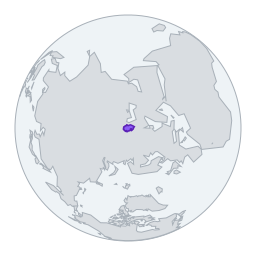 West Kazakhstan on an orthographic globe, rotated 193°
{"feature_id": "KAZ-3201", "entity_name": "West Kazakhstan", "entity_type": "Region", "adm_level": 1, "iso_a3": "KAZ", "parent_name": "Kazakhstan", "parent_adm1": "", "projection": "orthographic", "projection_center": [51.03, 49.856], "detail": "fine", "context": "on_globe", "style": "filled", "palette": "violet", "viewbox_px": 256, "rotation_deg": 193, "n_neighbors": 0, "source": "natural_earth", "source_scale": "10m", "svg_char_len": 11746}
<svg xmlns="http://www.w3.org/2000/svg" viewBox="0 0 256 256"><g transform="rotate(193 128 128)"><circle cx="128" cy="128" r="113" fill="#eef3f6" stroke="#a8b0b8"/><path d="M120.8,15.6L121.2,15.6L122.4,16.6L119.5,16.6L120.1,17.0L123.8,17.3L126.1,17.3L133.3,21.0L145.1,24.7L150.3,24.9L148.0,25.9L159.0,25.9L166.4,28.3L157.1,26.2L155.4,26.6L159.9,28.4L159.1,29.2L160.9,30.7L159.6,31.5L154.2,30.5L153.3,31.1L156.6,32.4L157.3,34.3L152.6,32.3L153.5,35.4L144.7,34.8L133.3,29.5L127.5,30.8L113.1,29.9L113.4,31.1L108.2,31.8L106.6,33.5L104.4,33.1L105.1,34.9L107.4,35.0L108.4,35.9L107.7,37.0L104.8,36.5L104.7,35.9L103.5,36.4L102.3,35.7L102.5,36.6L99.0,36.1L101.4,38.3L97.7,39.3L95.7,38.5L97.3,36.4L96.8,30.1L95.3,29.1L91.4,29.5L81.2,34.7L78.9,34.6L74.7,36.0L75.3,37.0L78.7,36.2L78.8,38.5L83.0,37.5L83.6,38.4L87.4,38.4L85.2,40.8L81.1,43.2L77.9,43.4L75.9,44.5L77.7,46.5L70.5,49.0L63.5,54.9L61.8,55.5L60.8,52.4L64.0,46.8L62.7,43.7L61.9,48.3L57.7,49.9L56.3,51.4L55.6,52.9L56.6,53.3L54.8,54.5L54.9,50.2L56.5,49.1L56.5,50.4L58.0,47.9L58.0,45.4L55.8,46.6L58.2,42.2L56.7,43.1L56.3,42.8L58.6,41.6L54.6,43.9L57.0,40.6L55.2,42.1L61.5,37.1L68.1,32.6L75.0,28.6L82.2,25.1L89.6,22.1L97.2,19.6L105.0,17.7L112.9,16.4L120.8,15.6ZM127.2,17.3L124.0,17.2L120.9,16.8L123.7,16.7L127.2,17.3ZM132.9,18.7L131.2,18.8L130.7,17.9L131.8,18.1L132.9,18.7ZM154.3,25.0L151.8,24.3L154.5,24.8L154.3,25.0ZM161.4,30.7L162.3,30.7L162.8,31.5L161.4,30.7ZM88.3,37.2L87.9,37.8L87.4,37.4L88.3,37.2ZM90.4,36.7L90.2,35.8L91.2,35.4L91.3,36.0L90.4,36.7ZM161.3,33.6L161.8,34.9L160.3,33.4L161.3,33.6ZM90.4,37.8L92.9,34.9L94.6,34.4L96.4,36.0L90.4,37.8ZM161.5,35.6L162.8,39.1L165.0,39.3L159.4,40.8L160.2,37.2L158.0,35.2L160.3,36.0L161.5,35.6ZM108.4,34.6L105.9,34.5L108.7,33.6L108.4,34.6ZM109.9,33.8L116.9,30.1L120.2,30.9L117.2,31.9L122.1,32.3L120.3,34.4L117.2,34.7L115.4,33.7L116.1,35.4L109.9,33.8ZM156.1,41.2L155.7,41.9L155.1,40.9L156.1,41.2ZM109.1,36.2L110.2,35.3L113.2,35.9L111.5,37.8L111.1,36.9L109.1,36.2ZM124.2,31.4L126.1,32.2L125.2,34.2L125.8,34.8L120.5,34.6L124.2,31.4ZM110.0,37.4L110.6,38.7L108.5,39.5L108.2,37.1L110.0,37.4ZM114.6,35.3L116.0,35.7L114.7,36.0L114.6,35.3ZM101.5,43.2L102.8,42.0L104.4,42.2L101.5,43.2ZM110.9,39.2L111.6,38.9L112.4,38.9L112.3,40.0L110.9,39.2ZM120.3,36.0L119.5,36.7L122.4,36.2L121.8,37.8L118.4,37.4L119.6,38.2L119.5,38.7L116.8,37.9L120.3,36.0ZM114.7,41.0L110.1,41.2L107.4,43.4L105.8,43.2L110.5,39.8L114.7,41.0ZM116.2,39.2L114.9,40.3L113.6,39.5L113.7,38.3L116.2,39.2ZM122.7,39.1L124.4,36.8L125.1,37.0L122.7,39.1ZM114.1,41.8L115.2,41.7L114.1,42.0L114.1,41.8ZM120.3,40.0L120.9,39.2L121.6,39.4L120.3,40.0ZM117.0,42.4L115.5,42.4L115.6,41.6L117.0,42.4ZM118.7,41.4L119.7,42.0L116.5,41.3L118.8,41.0L118.7,41.4ZM121.0,40.4L121.6,40.3L120.6,40.8L121.0,40.4ZM117.8,45.7L113.7,45.0L113.8,43.1L117.7,44.0L117.8,45.7ZM28.6,158.5L26.5,139.8L29.3,137.2L31.1,130.9L51.4,123.7L54.3,128.3L68.6,135.2L70.2,137.2L67.0,141.9L76.5,154.5L81.4,151.6L91.6,159.2L99.3,161.1L104.8,151.4L92.1,148.0L91.4,142.2L102.8,140.4L114.1,143.4L114.2,141.3L108.3,135.2L112.2,131.8L106.5,132.7L107.8,135.3L104.3,136.0L102.8,133.7L104.2,132.6L101.2,130.8L95.1,137.1L95.9,140.4L87.1,138.9L87.5,144.4L84.7,145.8L82.9,137.0L84.1,134.5L79.7,123.4L77.7,125.9L81.7,136.6L79.9,135.1L77.2,138.9L77.8,134.9L74.0,122.9L66.9,120.5L55.7,126.0L52.0,123.9L50.0,118.9L56.4,109.5L63.8,115.3L66.2,112.4L66.6,105.6L68.8,108.0L69.9,106.0L72.9,108.0L79.1,105.6L82.4,107.1L86.7,101.5L89.0,101.6L85.8,104.8L85.4,108.0L93.9,111.7L96.1,111.0L98.2,107.2L100.3,108.9L101.2,104.7L107.0,105.0L100.7,101.2L103.0,97.0L107.5,94.8L107.1,92.8L99.8,96.4L97.9,98.5L98.0,101.4L91.8,107.0L88.5,106.8L90.7,98.6L86.2,97.6L89.9,92.0L107.5,85.1L113.9,84.8L120.5,93.4L118.0,95.8L114.3,93.8L116.0,99.6L116.7,97.2L118.4,98.7L121.0,95.4L122.4,96.3L122.6,91.6L124.5,92.3L124.4,95.3L129.9,91.3L134.5,92.0L135.1,90.7L134.4,89.1L140.6,91.3L140.8,90.2L138.8,89.1L137.9,86.3L138.6,82.3L140.8,83.3L140.8,84.8L144.0,89.7L143.7,93.9L144.6,94.0L145.4,90.5L141.5,84.5L141.3,81.9L143.6,84.4L142.7,83.3L143.3,82.3L145.9,82.3L143.6,79.4L147.2,68.0L152.6,67.1L154.1,70.4L158.9,64.3L164.5,64.2L162.7,63.1L163.8,59.7L162.0,59.6L161.2,58.9L163.1,50.7L165.2,49.7L164.0,45.4L163.0,44.9L161.4,45.3L159.4,40.8L165.0,39.3L166.9,40.5L169.1,39.0L173.0,42.0L177.3,44.0L180.2,48.6L183.4,50.0L183.9,49.3L188.5,50.8L196.2,56.8L187.7,55.1L175.6,47.8L180.3,50.9L178.6,51.2L179.9,53.1L183.2,55.4L184.0,55.0L185.9,64.8L192.7,73.8L193.9,70.1L197.0,70.3L205.7,78.4L212.2,97.0L216.4,98.3L218.2,100.8L218.0,104.8L215.3,101.3L213.1,102.2L211.6,99.7L210.4,105.3L208.3,102.0L208.4,108.2L210.8,109.6L212.7,105.7L213.7,112.8L218.6,113.8L221.6,118.8L222.0,133.6L218.6,141.9L218.9,143.8L216.3,144.1L214.7,150.1L221.2,155.1L221.7,157.8L218.2,167.0L217.8,165.3L210.8,166.0L210.9,173.0L216.3,173.9L218.2,177.9L214.6,179.4L212.5,175.9L210.0,176.0L209.7,170.4L205.7,163.9L202.1,168.3L201.4,164.8L195.3,160.4L189.5,166.2L181.0,180.3L181.4,189.1L177.8,194.2L169.4,184.5L166.6,176.1L163.0,178.0L154.9,171.8L139.3,173.5L137.5,171.1L134.5,172.5L128.9,170.2L126.4,166.0L122.8,166.2L129.4,177.1L133.3,176.8L137.4,172.5L138.4,176.3L143.9,179.2L136.0,188.5L113.6,195.4L112.3,188.6L99.9,166.7L100.8,164.5L100.8,164.2L100.7,163.7L98.6,167.2L96.8,162.6L102.4,178.2L103.0,184.2L113.2,195.8L112.1,196.6L115.6,199.0L128.2,197.1L128.0,199.2L121.6,208.4L105.0,217.9L107.7,224.7L107.5,229.4L98.4,230.4L100.4,233.4L95.9,233.1L96.4,234.3L93.5,234.4L88.1,233.2L77.7,228.8L76.1,227.7L69.3,223.2L59.5,212.6L61.1,210.0L59.7,206.1L52.3,193.2L53.9,188.8L52.1,185.2L48.4,183.2L46.5,178.8L44.4,177.0L31.7,166.7L28.6,158.5ZM42.8,131.0L41.9,132.8L42.8,131.0ZM125.1,151.9L132.5,152.6L130.8,145.5L133.5,145.3L131.9,143.1L130.6,145.0L127.0,138.9L130.8,137.0L130.7,133.9L128.2,133.5L121.9,138.1L127.0,146.8L124.7,149.5L125.1,151.9ZM57.7,50.2L57.6,50.5L56.6,52.2L56.4,51.5L57.7,50.2ZM55.9,59.0L53.0,60.8L54.9,59.0L54.2,58.3L57.2,53.9L61.1,55.5L58.8,55.5L55.9,59.0ZM62.4,48.8L60.0,51.2L62.5,48.5L62.4,48.8ZM73.0,94.1L73.4,96.3L71.3,98.0L67.1,96.7L70.1,94.2L73.0,94.1ZM74.4,99.0L77.8,91.6L80.5,92.3L78.4,93.1L79.9,94.3L76.9,96.0L76.3,104.2L74.4,106.2L67.6,102.4L70.9,102.4L70.3,100.2L74.4,99.0ZM81.5,73.5L83.0,70.8L87.0,75.7L85.2,77.6L80.9,76.4L80.5,73.3L81.5,73.5ZM93.2,41.4L93.5,40.5L94.3,40.5L94.7,41.4L93.2,41.4ZM102.0,42.6L92.7,45.8L92.5,44.8L87.2,48.1L84.8,46.8L88.4,44.7L82.5,46.3L84.8,43.9L80.9,45.4L89.0,40.8L90.7,38.9L89.7,41.4L91.8,42.6L93.3,42.5L98.7,40.9L103.6,37.6L106.5,38.4L107.2,39.8L106.5,40.7L104.9,39.9L105.1,41.7L102.1,41.2L102.0,42.6ZM114.4,59.4L112.8,57.5L112.8,62.1L109.8,61.2L110.0,61.8L107.3,62.3L104.2,64.0L103.1,63.3L102.4,64.3L100.6,64.7L99.3,65.9L96.8,65.0L95.0,66.4L94.9,65.2L92.4,67.9L93.1,65.5L90.8,66.0L91.3,68.1L81.2,61.4L76.4,60.8L72.0,61.7L73.9,57.8L79.2,54.6L85.8,52.4L90.2,53.7L90.2,51.8L92.3,51.9L91.4,53.4L94.1,51.2L95.6,51.7L101.5,50.5L104.4,47.3L106.6,46.9L106.2,48.4L108.7,46.9L109.5,49.5L111.1,49.3L113.5,51.7L111.7,54.9L113.7,54.5L115.6,56.5L114.4,59.4ZM118.4,46.5L117.0,50.2L114.7,51.7L111.5,46.8L110.0,46.7L107.9,43.8L111.2,41.8L111.5,42.8L112.6,43.3L111.1,43.7L113.1,43.8L113.6,45.2L115.2,45.6L114.3,46.7L118.4,46.5ZM72.9,136.2L74.3,137.2L76.6,138.1L75.0,140.6L72.9,136.2ZM70.1,128.1L71.5,128.4L70.3,132.2L68.9,131.3L70.1,128.1ZM73.3,125.5L71.7,128.2L71.7,126.2L73.3,125.5ZM87.2,105.0L88.8,105.2L88.5,106.2L87.2,107.3L87.2,105.0ZM113.7,73.6L113.1,72.1L113.8,71.8L114.8,68.3L117.1,68.8L117.4,71.1L113.7,73.6ZM102.1,152.7L99.3,154.2L98.3,152.9L99.5,152.7L102.1,152.7ZM86.0,147.7L89.2,150.3L85.5,148.4L86.0,147.7ZM116.3,73.6L116.5,72.0L117.5,73.2L116.3,73.6ZM118.8,69.0L120.2,70.1L117.5,68.5L118.8,69.0ZM127.0,230.2L121.0,236.5L115.6,236.1L113.9,234.3L115.6,230.4L121.7,229.5L124.5,227.3L127.0,230.2ZM230.9,172.0L232.1,169.9L232.0,170.3L230.9,172.0ZM229.8,173.2L231.3,170.7L229.4,174.4L229.8,173.2ZM231.8,169.8L233.3,166.4L234.0,164.7L233.7,165.6L231.8,169.8ZM228.7,175.0L221.9,184.0L218.9,186.5L219.8,184.6L224.7,179.3L228.7,175.0ZM219.6,184.8L214.6,186.4L206.3,182.4L209.3,180.4L217.7,179.9L217.2,181.4L220.2,181.1L219.6,184.8ZM230.5,165.5L229.9,169.2L226.4,174.0L224.6,175.8L223.4,173.2L224.1,170.2L225.6,168.5L230.2,153.9L232.1,153.1L231.0,158.5L232.4,159.2L230.5,165.5ZM182.0,189.7L185.0,193.4L182.9,195.1L182.0,189.7ZM231.1,145.5L229.9,151.9L230.7,144.6L231.1,145.5ZM231.1,139.6L231.6,141.1L230.5,140.7L231.1,139.6ZM219.8,146.4L218.2,148.7L217.7,147.4L219.4,143.8L219.8,146.4ZM224.0,123.0L225.7,126.8L226.0,128.5L224.4,127.2L224.0,123.0ZM135.9,77.0L131.9,81.2L130.6,84.8L132.2,87.7L128.3,85.5L130.3,79.9L135.9,77.0ZM145.6,68.9L144.2,66.6L145.9,66.6L146.5,67.1L145.6,68.9ZM144.0,68.3L140.2,67.5L140.1,65.5L143.1,66.5L144.0,68.3ZM128.2,70.2L126.8,71.4L126.0,70.4L128.2,70.2ZM233.7,166.5L235.6,160.8L236.3,158.8L233.7,166.5ZM239.7,142.4L239.2,145.2L239.6,141.8L238.7,144.9L239.8,139.5L239.9,140.6L240.4,135.5L240.5,134.1L239.7,142.4ZM237.1,152.8L237.0,153.8L236.6,154.3L237.1,152.8ZM237.7,150.8L238.6,148.1L237.5,151.8L237.7,150.8ZM233.3,158.3L233.8,159.4L235.3,154.9L234.1,159.2L234.9,160.2L234.4,162.2L233.7,160.8L232.9,165.1L232.2,166.5L232.1,164.1L233.0,158.9L233.7,156.0L236.4,149.6L233.3,158.3ZM237.8,148.4L237.5,147.0L237.6,144.7L238.0,145.0L237.8,148.4ZM236.0,144.0L234.5,143.6L233.6,146.9L234.9,138.5L236.2,140.3L236.0,144.0ZM234.0,139.9L233.2,142.9L233.7,138.5L234.0,139.9ZM232.7,142.4L232.1,140.7L233.0,139.4L232.7,142.4ZM234.5,138.9L233.8,135.1L234.7,136.3L234.5,138.9ZM230.5,136.8L233.2,136.7L230.5,139.7L228.2,133.3L229.1,131.3L230.5,136.8ZM221.9,98.9L220.4,97.4L220.6,95.2L221.6,96.8L221.9,98.9ZM220.1,87.2L220.2,94.1L220.1,100.0L221.1,99.6L223.0,103.8L220.2,102.6L218.8,96.2L219.3,92.3L217.3,89.1L216.5,85.0L213.6,82.1L212.5,79.6L215.3,81.1L220.1,87.2ZM212.3,81.0L206.9,75.2L208.3,72.6L209.8,73.3L211.7,77.0L210.8,78.1L212.3,81.0ZM206.0,73.1L205.1,74.2L195.3,69.2L193.6,67.6L201.8,69.6L201.4,70.8L203.5,72.6L206.0,73.1ZM156.9,42.2L155.8,42.0L156.8,41.6L156.9,42.2ZM160.2,58.9L159.3,57.8L160.5,57.4L160.2,58.9ZM157.4,54.6L156.7,55.8L156.6,54.1L157.4,54.6ZM155.3,58.8L156.0,56.2L156.6,59.3L155.3,58.8Z" fill="#d9dde1" stroke="#a8b0b8" stroke-width="1"/><path d="M129.6,124.2L129.6,124.3L129.7,124.6L129.8,124.7L129.8,124.8L130.0,124.8L130.1,124.7L130.2,124.8L130.3,124.8L130.5,124.8L130.6,124.7L130.8,124.7L130.9,124.8L131.0,124.8L131.2,125.0L131.3,125.3L131.5,125.3L131.7,125.5L131.8,125.5L131.9,125.8L132.0,125.8L132.3,125.9L132.3,126.0L132.2,126.1L132.2,126.3L132.2,126.5L132.3,126.5L132.3,126.8L132.2,126.9L132.3,127.1L132.3,127.3L132.4,127.5L132.4,127.9L132.3,128.0L132.2,128.2L132.2,128.3L131.9,128.4L131.8,128.5L131.6,128.5L131.4,128.7L131.4,128.8L131.4,129.1L131.4,129.3L131.2,129.5L130.5,129.7L130.4,129.7L130.2,129.9L130.3,130.2L130.1,130.5L130.0,130.8L129.5,130.7L129.4,130.8L129.2,130.7L129.0,130.4L128.9,130.4L128.4,130.3L128.2,130.4L128.0,130.5L127.9,130.7L127.7,130.8L126.5,131.6L125.9,131.6L125.2,131.5L122.9,131.0L122.7,130.9L122.4,130.8L122.1,130.7L122.3,130.2L122.5,129.7L122.8,129.4L122.9,129.2L122.6,128.9L122.7,128.4L122.8,127.9L123.1,127.7L123.3,127.5L123.3,127.4L123.3,127.2L123.5,127.0L123.5,126.9L123.7,126.7L123.7,126.8L123.8,126.9L123.9,127.0L124.0,127.0L124.2,127.3L124.3,127.4L124.3,127.5L124.4,127.8L124.5,127.9L124.6,128.0L124.8,128.0L125.0,127.9L125.3,127.7L125.2,127.5L125.2,127.4L125.1,127.2L125.1,126.7L124.9,126.5L124.9,126.4L125.0,126.4L125.1,126.5L125.3,126.5L125.5,126.3L125.6,126.2L125.8,126.1L126.0,126.0L126.0,125.9L125.9,125.8L125.9,125.7L126.0,125.7L126.5,125.5L126.5,125.4L126.8,125.3L127.0,125.2L127.2,124.9L127.3,124.9L127.4,124.7L127.5,124.5L127.7,124.4L127.8,124.3L128.2,124.4L128.3,124.4L128.3,124.5L128.3,124.8L128.5,124.8L128.6,124.7L128.7,124.8L128.8,124.9L128.9,124.7L129.0,124.5L129.0,124.4L129.2,124.5L129.3,124.5L129.3,124.4L129.5,124.3L129.5,124.2L129.6,124.2Z" fill="#8b5cf6" stroke="#5b21b6" stroke-width="1.5"/></g></svg>